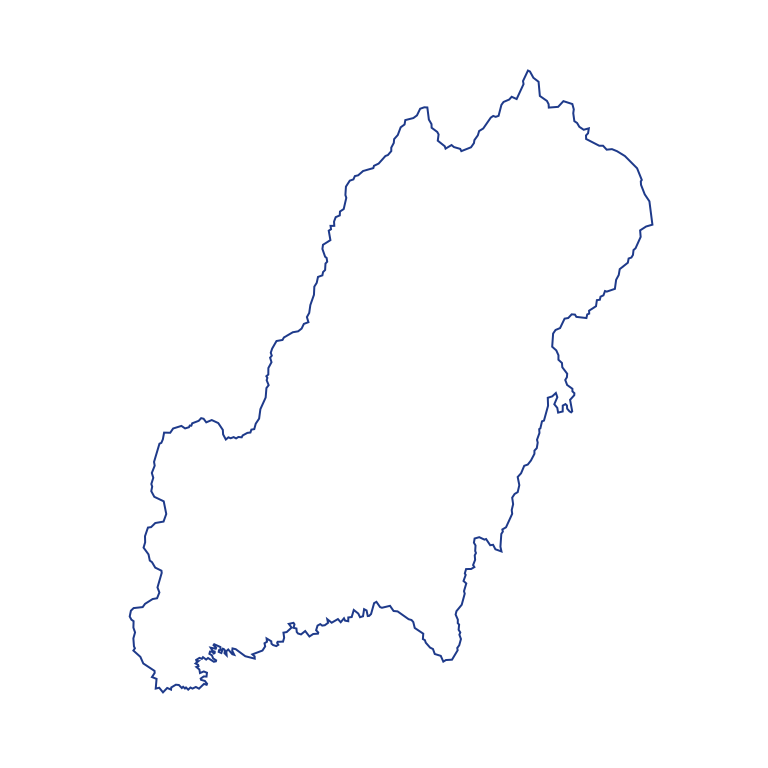 Nam Pat, Uttaradit, Thailand (Equal Earth projection), rotated 170°
{"feature_id": "78962969B51395146999096", "entity_name": "Nam Pat", "entity_type": "district", "adm_level": 2, "iso_a3": "THA", "parent_name": "Thailand", "parent_adm1": "Uttaradit", "projection": "equal_earth", "projection_center": [100.784, 17.695], "detail": "fine", "context": "isolated", "style": "outline", "palette": "blue", "viewbox_px": 768, "rotation_deg": 170, "n_neighbors": 0, "source": "geoboundaries", "source_scale": "gbopen_adm2", "svg_char_len": 6158}
<svg xmlns="http://www.w3.org/2000/svg" viewBox="0 0 768 768"><g transform="rotate(170 384 384)"><path d="M559.0,136.0L558.7,138.2L560.6,140.6L550.0,142.6L546.6,146.2L546.7,149.4L544.0,150.5L543.8,153.8L539.7,150.2L539.9,147.8L538.6,146.2L535.6,144.6L533.4,145.5L534.2,147.6L533.5,148.6L528.2,147.8L526.4,151.4L526.2,156.6L522.9,156.6L517.3,160.2L519.4,164.3L514.6,164.5L513.9,162.9L515.4,159.6L512.7,158.4L513.0,155.0L512.0,153.2L509.2,151.8L504.5,154.4L501.3,148.3L497.1,150.1L492.4,149.6L491.9,150.7L493.6,153.3L491.4,157.6L488.5,158.6L486.8,156.8L484.2,156.7L480.6,158.5L480.7,162.2L477.0,158.0L470.2,160.5L468.0,156.9L464.1,160.2L463.4,157.7L460.4,156.6L459.7,160.3L456.3,160.1L453.0,166.7L449.2,162.4L448.1,158.5L445.0,158.9L442.7,165.7L440.5,164.0L440.3,158.3L438.9,158.2L436.7,159.7L431.8,169.9L429.3,170.8L426.6,165.0L424.9,164.0L416.6,164.5L414.0,158.8L410.1,157.7L400.6,148.1L397.9,146.8L396.5,144.5L396.1,138.4L388.7,131.3L390.0,126.1L388.2,124.6L387.8,122.0L384.4,116.4L381.8,114.5L380.9,109.3L375.3,106.4L373.8,100.3L371.0,101.4L364.9,100.7L357.7,109.0L357.7,111.3L355.3,113.6L352.5,119.5L353.3,124.0L352.0,126.1L353.2,129.0L351.8,134.0L352.9,135.7L352.2,139.1L353.5,144.5L352.1,147.7L345.8,153.1L340.9,163.5L341.2,166.1L337.6,173.3L339.9,176.2L336.7,181.8L337.3,183.4L335.3,187.5L330.3,186.7L326.8,188.0L327.7,190.2L324.8,195.0L324.4,199.5L322.8,201.6L323.2,203.7L321.9,209.1L323.0,212.1L321.6,216.1L316.8,216.6L312.1,213.3L310.4,213.6L307.4,206.8L304.5,206.7L303.0,201.9L297.4,198.7L297.6,203.5L294.5,216.0L292.6,218.0L292.7,220.2L288.7,221.7L280.3,233.9L280.1,237.7L277.7,243.2L277.5,249.8L274.5,253.0L271.1,254.3L268.3,260.9L268.5,269.2L264.5,272.3L260.1,279.1L256.4,279.7L252.6,283.1L248.0,289.1L247.4,292.3L244.7,294.3L242.8,299.6L243.0,302.5L239.4,308.8L239.0,312.6L237.7,313.2L234.9,319.8L232.8,320.2L226.2,334.1L225.1,342.0L220.5,342.6L216.3,345.3L215.6,340.9L219.8,334.5L217.5,330.4L217.5,325.6L212.8,325.9L211.7,331.7L208.8,332.7L207.6,331.1L207.9,327.9L206.1,324.9L204.6,323.6L203.4,324.4L203.5,336.1L198.6,339.9L198.1,341.9L199.7,344.0L199.3,346.6L203.8,351.2L204.8,356.5L202.7,358.9L201.8,362.3L205.5,369.5L205.1,373.8L208.0,377.6L207.2,382.0L208.5,387.2L211.9,391.5L208.7,404.3L205.7,407.4L200.9,408.5L194.8,417.0L191.1,417.0L187.1,420.0L183.9,419.2L182.9,416.7L173.2,413.8L171.8,417.2L169.7,417.7L169.3,420.6L161.7,423.8L159.8,429.6L156.8,429.5L155.6,432.4L152.5,433.2L150.2,437.2L148.6,436.3L140.1,437.6L137.3,446.3L133.9,450.6L131.9,456.2L122.8,461.1L121.3,465.1L118.4,465.6L116.4,467.9L115.0,472.6L112.7,474.0L105.7,484.3L105.1,490.8L98.5,493.6L92.0,494.3L90.9,517.8L94.3,525.5L96.3,535.5L95.9,539.0L94.7,540.2L97.3,552.5L107.2,566.7L114.1,572.8L118.7,575.7L124.0,576.1L126.9,580.6L130.7,581.3L142.4,590.2L141.9,593.7L139.5,595.5L137.9,600.2L143.2,599.7L147.0,603.4L148.5,607.5L150.9,609.8L150.6,617.8L149.4,621.5L149.9,627.0L158.2,631.4L164.4,626.7L173.7,627.6L173.3,631.0L174.4,634.5L180.5,640.6L179.3,654.8L183.7,659.6L186.0,666.4L187.8,667.7L194.5,658.2L194.5,655.1L203.9,641.6L208.4,644.7L211.3,642.4L217.3,641.0L219.9,638.5L224.6,628.2L227.6,627.7L229.9,629.0L232.6,627.8L241.9,618.4L246.4,616.6L248.4,612.6L252.6,608.5L253.6,605.6L257.2,602.0L267.4,599.9L268.1,602.3L274.0,605.2L276.0,607.6L282.5,605.1L282.9,607.6L288.8,614.3L286.9,620.3L287.8,623.0L292.6,628.1L292.1,631.7L293.9,636.6L293.3,648.8L296.3,649.5L300.6,648.8L304.9,642.8L308.9,640.8L317.2,640.2L318.7,636.0L323.0,633.9L327.2,626.8L331.5,623.4L332.5,619.7L335.8,615.5L336.4,612.1L340.4,608.8L343.0,608.3L351.0,602.0L356.0,600.6L357.0,598.5L367.6,597.4L373.2,594.0L376.6,593.8L378.6,590.8L382.4,590.2L387.2,585.0L389.2,576.8L388.8,573.9L393.3,563.3L397.4,561.5L398.3,557.7L402.6,556.7L405.0,552.6L405.5,548.4L409.2,549.0L409.3,545.6L411.8,544.6L411.8,535.0L419.9,531.7L421.2,527.7L419.9,519.6L418.6,518.1L418.7,514.3L420.7,512.8L422.2,506.5L424.6,504.8L425.8,501.7L430.4,500.9L432.7,495.3L435.7,492.0L437.5,484.0L442.8,474.6L445.3,467.0L448.3,463.3L447.7,458.0L452.5,457.1L455.5,452.9L459.4,450.8L464.8,450.8L474.5,447.2L476.3,445.0L482.4,445.0L488.0,438.3L490.1,434.4L489.6,431.4L491.6,429.7L491.0,425.0L495.1,419.8L496.3,413.4L498.5,412.1L497.8,410.3L498.9,408.1L497.8,402.9L500.5,400.4L502.9,391.2L510.1,380.7L513.0,371.6L517.2,367.2L519.6,362.1L522.5,362.1L524.0,359.4L527.0,359.6L532.1,357.9L533.4,356.2L536.6,357.1L539.1,356.1L541.3,357.8L544.4,357.2L546.5,358.5L549.4,356.8L551.2,362.3L550.7,366.8L554.0,374.3L559.9,378.4L565.7,377.1L567.7,381.1L570.0,382.1L572.9,379.9L579.7,378.6L581.0,376.4L582.5,376.8L583.6,375.3L587.6,374.8L590.8,377.9L599.4,376.8L603.0,373.1L609.0,374.3L611.4,367.9L613.5,364.7L615.5,364.2L624.0,347.2L624.0,343.4L628.1,336.7L627.5,331.7L630.5,325.9L630.1,323.2L631.8,318.9L629.8,312.8L621.3,306.7L621.0,293.8L625.0,286.8L633.4,286.8L638.2,283.5L641.4,283.6L645.8,275.6L646.7,269.6L649.2,264.6L645.5,257.1L645.3,250.8L643.4,248.8L641.2,242.9L635.6,238.8L635.7,236.6L642.4,223.0L641.4,217.7L644.7,212.4L649.2,212.4L657.5,209.0L660.4,206.2L669.5,206.8L672.6,204.7L674.8,199.2L673.7,195.8L671.8,193.9L673.1,187.6L672.3,182.6L675.0,177.0L675.8,169.0L675.2,167.0L677.1,165.0L671.3,157.6L669.6,150.6L659.8,141.3L660.0,139.3L663.4,135.7L659.2,133.1L661.7,123.7L658.1,123.9L655.2,118.7L650.3,122.3L646.8,120.0L646.2,122.1L641.2,124.0L638.3,123.2L635.9,119.7L634.4,120.7L632.9,118.7L631.7,119.5L629.9,117.0L627.3,118.7L625.5,117.3L621.9,118.3L619.1,116.1L613.4,119.9L610.9,118.6L610.3,119.5L612.0,122.7L615.5,124.4L615.7,125.7L612.3,127.3L609.6,126.7L608.5,130.4L611.4,132.2L615.4,131.3L615.4,134.9L617.9,137.9L615.7,138.3L615.8,139.7L618.1,141.5L614.9,143.3L616.7,143.6L616.9,144.9L613.3,146.3L611.1,145.0L609.7,146.4L607.0,143.5L604.9,144.7L599.8,140.0L597.7,140.1L597.3,141.0L599.9,143.4L600.6,146.7L602.8,148.6L601.8,150.7L599.7,150.2L598.4,148.1L597.4,148.6L597.2,149.9L599.1,150.8L600.5,154.4L595.7,152.5L595.1,153.4L597.2,156.4L596.4,157.2L590.8,153.4L591.1,150.5L592.7,150.5L593.3,148.9L590.9,147.3L588.7,151.3L587.8,150.8L586.9,149.3L587.8,146.6L586.1,144.1L585.7,148.2L583.5,149.6L580.3,144.2L578.5,143.3L579.8,147.7L579.1,149.9L576.1,148.6L567.9,140.0L559.0,136.0Z" fill="none" stroke="#1e3a8a" stroke-width="2"/></g></svg>